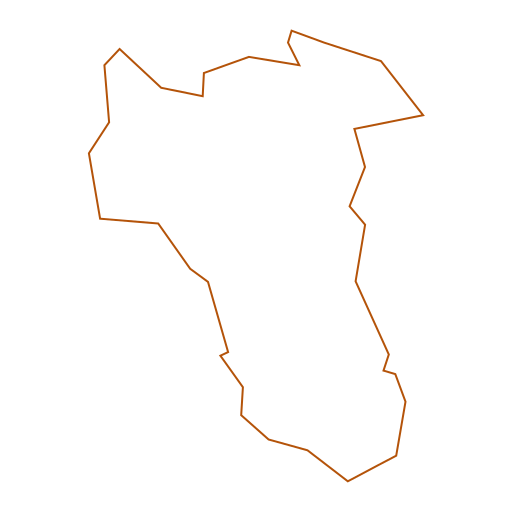 Mundri West, Western Equatoria, South Sudan
{"feature_id": "79223893B75409904988016", "entity_name": "Mundri West", "entity_type": "district", "adm_level": 2, "iso_a3": "SSD", "parent_name": "South Sudan", "parent_adm1": "Western Equatoria", "projection": "albers", "projection_center": [30.244, 5.152], "detail": "fine", "context": "isolated", "style": "outline", "palette": "amber", "viewbox_px": 512, "rotation_deg": 0, "n_neighbors": 0, "source": "geoboundaries", "source_scale": "gbopen_adm2", "svg_char_len": 571}
<svg xmlns="http://www.w3.org/2000/svg" viewBox="0 0 512 512"><path d="M396.0,455.8L396.2,455.7L405.5,401.7L395.3,374.1L383.5,370.6L388.8,354.5L355.6,281.3L365.1,224.7L349.6,206.3L365.0,167.0L354.4,128.9L423.1,115.2L381.0,61.1L324.1,42.6L291.6,30.7L288.0,42.6L299.3,65.2L248.9,56.9L203.9,73.0L202.7,96.2L161.2,87.8L119.6,49.0L104.4,65.2L109.1,122.3L88.9,153.3L100.1,218.7L158.2,223.5L190.2,268.8L208.0,281.9L228.1,352.1L220.4,355.7L242.9,387.2L241.2,415.2L268.6,439.5L307.5,450.3L347.8,481.3L378.3,465.1L396.0,455.8Z" fill="none" stroke="#b45309" stroke-width="2"/></svg>